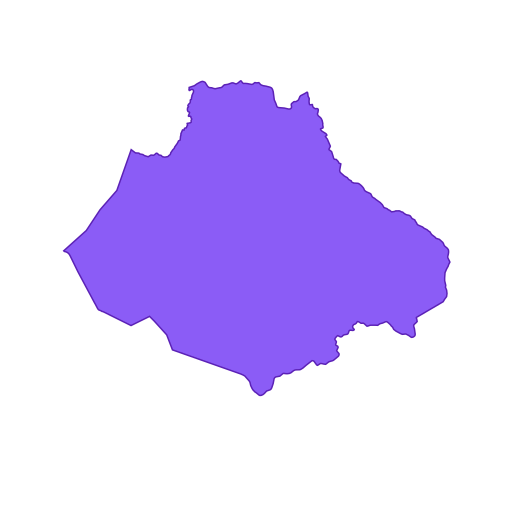 outline of Campamento, Olancho, Honduras, rotated 316°
{"feature_id": "27666195B55126974743850", "entity_name": "Campamento", "entity_type": "district", "adm_level": 2, "iso_a3": "HND", "parent_name": "Honduras", "parent_adm1": "Olancho", "projection": "mercator", "projection_center": [-86.6, 14.484], "detail": "fine", "context": "isolated", "style": "filled", "palette": "violet", "viewbox_px": 512, "rotation_deg": 316, "n_neighbors": 0, "source": "geoboundaries", "source_scale": "gbopen_adm2", "svg_char_len": 6141}
<svg xmlns="http://www.w3.org/2000/svg" viewBox="0 0 512 512"><g transform="rotate(316 256 256)"><path d="M358.9,418.9L361.3,418.2L364.9,417.6L367.3,415.7L369.4,413.0L370.6,410.0L371.7,409.3L372.2,408.8L374.5,404.9L376.4,402.9L380.4,399.3L384.2,397.7L387.2,396.8L388.6,396.0L391.2,395.1L391.5,394.5L392.5,391.2L393.0,390.1L393.8,389.4L395.3,388.5L396.8,387.4L398.0,386.2L398.7,385.1L399.0,383.5L398.6,379.8L398.9,378.6L399.5,377.2L399.8,376.0L399.5,371.5L397.8,368.3L397.9,366.8L397.3,362.8L397.4,361.7L397.9,359.2L397.5,358.2L397.3,355.9L396.2,352.9L396.0,350.9L394.3,346.8L394.0,345.9L394.0,345.1L394.5,343.6L394.9,341.4L395.3,340.3L394.3,337.5L394.8,334.6L394.7,333.9L394.3,332.9L393.3,331.5L392.6,330.2L392.1,328.0L392.0,326.3L391.3,325.4L390.9,324.0L390.4,323.0L387.8,320.6L386.5,320.1L384.3,318.5L384.0,317.3L383.9,315.9L383.3,314.7L383.2,313.2L382.7,312.0L381.7,310.1L382.5,306.9L382.5,303.9L381.5,298.6L381.4,296.9L380.9,295.4L380.7,294.1L381.6,291.5L381.7,290.8L381.3,289.6L380.0,286.4L379.7,284.8L379.8,283.7L380.4,282.3L380.6,281.0L380.7,278.6L380.5,276.8L380.3,275.6L379.9,274.6L377.1,271.5L376.4,269.9L376.3,268.8L376.7,268.0L375.9,265.7L375.9,264.4L376.1,263.2L375.1,259.8L374.7,254.6L375.0,253.5L375.7,252.5L381.0,248.7L380.7,247.8L380.2,247.1L380.8,244.9L380.8,242.3L379.7,241.0L379.6,240.1L379.9,239.3L380.6,238.1L382.8,233.7L382.9,233.0L382.6,232.0L382.7,231.5L382.4,230.8L382.4,230.2L383.0,229.7L385.1,229.0L385.8,228.6L388.4,221.8L388.6,221.1L388.6,220.2L389.0,218.2L389.7,218.2L390.7,218.4L390.9,218.3L391.1,218.0L391.3,216.6L390.2,212.1L390.2,210.6L390.4,209.7L390.7,209.4L391.0,209.4L392.8,210.3L393.3,210.3L394.2,209.4L395.0,208.1L396.1,207.1L397.7,204.5L398.4,202.5L398.5,201.2L398.2,198.6L398.5,197.1L399.1,196.3L400.5,195.6L402.3,194.2L402.6,193.7L402.7,193.1L402.5,192.6L402.1,192.1L401.4,191.7L400.9,191.1L400.5,189.4L400.6,188.0L401.1,187.1L401.6,186.6L401.7,186.1L400.0,184.9L399.8,184.5L399.8,184.1L400.1,183.5L401.3,181.9L403.6,179.8L404.1,178.6L404.3,177.5L406.5,174.5L406.6,174.0L406.5,173.6L406.0,173.5L403.6,172.9L399.5,171.7L398.3,171.8L395.3,173.1L394.5,173.2L392.1,172.8L391.1,171.8L390.3,171.3L387.8,171.1L387.0,171.2L386.6,171.5L386.0,172.2L385.4,173.2L384.7,173.8L383.9,174.1L383.0,174.0L381.8,173.3L379.1,169.2L375.6,165.2L374.9,164.1L374.8,163.2L376.3,160.0L377.6,156.4L382.5,149.8L383.5,147.9L383.9,146.4L383.8,145.5L383.3,144.2L381.2,140.8L379.5,138.5L378.7,136.9L378.4,135.9L378.5,133.3L376.7,131.9L376.1,131.0L375.5,130.4L373.2,130.2L372.1,129.6L369.5,125.9L368.3,124.5L366.8,123.1L366.6,122.0L366.9,120.1L366.9,119.7L366.7,119.4L365.8,119.2L363.2,119.0L361.6,118.6L361.0,118.1L359.8,115.6L358.9,114.7L355.1,113.0L352.1,110.9L350.8,110.8L349.1,110.9L347.9,110.6L346.5,109.6L342.8,107.3L341.8,105.8L341.0,104.2L339.7,102.8L339.1,101.6L339.1,100.2L340.0,95.8L339.5,94.3L338.7,93.1L337.6,92.5L336.2,92.0L332.9,91.1L330.0,90.7L325.0,88.3L324.6,88.8L323.3,89.8L323.0,90.5L323.3,90.9L324.8,91.1L325.7,91.7L326.0,92.3L326.1,92.9L326.0,93.5L325.7,93.9L324.8,94.7L321.5,96.0L320.7,96.7L319.6,97.3L318.4,98.4L317.9,98.4L317.5,98.1L317.0,98.2L316.0,99.3L315.2,99.9L314.7,100.0L312.8,100.0L311.6,100.4L311.3,100.7L311.1,101.8L309.7,101.9L308.8,102.6L308.0,103.4L307.5,104.6L307.5,105.2L308.0,106.1L307.9,106.6L307.4,107.0L304.9,108.1L304.6,108.4L304.7,108.9L305.6,109.6L305.9,110.1L305.8,110.7L305.3,111.3L305.0,112.7L304.7,113.0L303.9,113.2L303.3,113.6L302.5,114.6L302.1,114.7L301.4,114.6L299.6,113.5L299.0,113.0L298.6,112.8L298.3,113.0L297.8,114.3L296.4,114.6L295.9,115.0L295.2,115.3L294.7,115.3L294.1,114.8L293.2,114.5L291.7,115.4L291.2,114.8L290.7,114.3L286.9,115.9L285.9,116.9L284.8,117.5L282.0,119.9L280.2,119.4L277.7,120.3L273.3,121.1L271.8,121.8L269.9,121.8L266.5,122.5L265.3,123.2L264.5,123.4L262.9,123.2L261.7,123.3L259.0,121.5L257.7,119.6L257.6,117.6L256.4,116.0L256.3,113.7L255.9,113.0L255.3,112.7L253.8,112.7L252.3,112.4L251.9,112.1L251.4,111.3L250.5,110.4L247.4,109.7L245.5,106.3L245.1,104.4L243.4,102.0L243.2,100.6L240.9,98.1L240.1,92.8L201.4,112.2L176.0,114.4L151.6,119.8L121.3,118.7L121.3,119.6L122.3,121.2L122.8,122.7L122.9,124.7L122.5,126.5L117.0,143.5L107.3,177.6L107.1,178.5L105.5,184.0L105.4,185.4L106.5,187.9L106.7,188.9L107.3,189.7L117.8,219.2L137.5,225.5L137.6,232.2L137.0,250.7L130.7,265.5L163.1,330.3L164.1,332.8L164.6,334.6L164.3,341.2L163.9,342.7L162.2,345.5L161.2,348.4L160.8,350.2L160.8,353.1L161.1,354.1L161.6,358.4L162.0,359.1L163.0,359.9L164.6,360.5L166.5,360.7L169.8,360.5L173.3,362.1L174.3,362.2L175.7,361.8L179.7,359.7L183.7,356.9L184.9,356.5L186.2,356.7L189.7,359.0L193.8,359.3L194.5,359.8L195.5,361.1L196.6,362.3L198.2,363.5L199.0,363.9L200.2,364.3L203.4,364.6L204.6,365.0L205.6,365.6L208.2,368.0L209.2,368.6L212.0,369.2L216.1,369.4L223.6,370.2L224.2,370.9L224.6,371.9L224.0,376.1L224.0,376.8L224.3,377.4L224.7,377.5L227.3,378.0L227.8,378.2L228.6,379.1L229.9,381.1L230.9,382.3L234.8,382.7L236.3,383.4L238.5,384.6L239.8,384.9L245.5,385.3L246.3,385.2L247.3,384.6L247.7,384.2L247.9,383.7L248.1,380.9L248.3,380.1L251.4,378.9L251.8,378.5L252.1,377.6L251.6,376.1L251.6,375.3L252.2,374.7L253.5,374.1L254.2,373.6L254.5,372.6L254.7,370.9L255.1,370.5L255.6,370.2L258.0,369.9L259.4,370.0L259.6,370.2L260.4,372.6L260.9,373.2L261.4,373.5L262.3,373.7L263.6,373.6L264.3,373.8L265.1,374.2L267.0,375.5L267.8,375.8L268.8,375.6L270.8,374.6L271.6,374.5L272.5,375.1L274.0,376.9L274.9,377.3L275.4,377.2L275.7,377.0L275.7,375.5L276.0,374.6L276.6,373.8L277.3,373.4L278.6,373.2L280.0,373.8L281.4,374.0L283.3,373.6L283.7,373.9L284.1,374.5L284.8,377.3L285.6,378.1L286.3,378.6L286.7,379.2L286.9,380.5L287.0,383.1L287.1,383.6L288.0,384.2L289.4,384.8L290.4,385.4L293.7,388.6L295.4,390.4L295.8,390.5L297.1,390.6L298.4,391.0L300.5,392.2L303.5,393.3L304.4,394.0L304.7,395.2L304.9,397.9L304.9,399.1L304.7,400.2L304.8,402.1L304.1,404.4L304.5,407.3L306.1,412.3L306.7,413.7L307.2,414.3L309.3,415.9L309.8,416.7L310.7,419.5L311.1,421.9L311.4,422.6L311.9,423.0L312.8,423.5L313.9,423.7L314.8,423.7L315.5,423.4L316.3,422.7L319.5,418.3L320.4,416.5L321.2,415.5L322.1,415.1L325.2,415.2L326.4,415.1L327.9,412.9L328.3,411.9L328.7,411.6L358.9,418.9Z" fill="#8b5cf6" stroke="#5b21b6" stroke-width="1.5"/></g></svg>